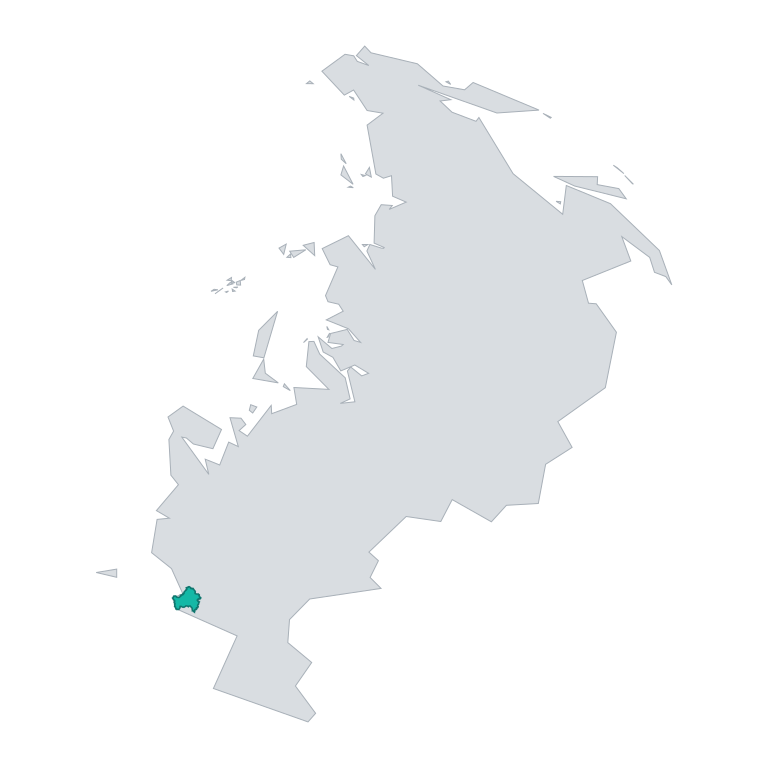 location of Bryansk within Russia
{"feature_id": "RUS-2342", "entity_name": "Bryansk", "entity_type": "Region", "adm_level": 1, "iso_a3": "RUS", "parent_name": "Russia", "parent_adm1": "", "projection": "orthographic", "projection_center": [33.801, 52.93], "detail": "fine", "context": "in_parent", "style": "filled", "palette": "teal", "viewbox_px": 768, "rotation_deg": 0, "n_neighbors": 0, "source": "natural_earth", "source_scale": "10m", "svg_char_len": 8145}
<svg xmlns="http://www.w3.org/2000/svg" viewBox="0 0 768 768"><path d="M659.4,250.5L671.8,284.9L665.8,276.6L654.5,272.3L649.7,257.4L621.8,236.6L630.8,261.0L582.3,280.5L588.5,303.2L596.2,303.8L616.4,332.2L605.3,387.7L557.8,421.6L572.1,447.4L545.6,464.3L538.3,503.5L506.4,505.3L491.4,521.8L452.2,499.6L440.8,521.5L406.2,516.5L368.9,552.1L378.4,560.7L370.1,577.5L381.0,588.4L309.7,599.0L289.5,619.6L287.8,642.6L311.7,662.5L295.4,686.0L315.6,713.3L308.0,721.9L213.4,688.5L237.1,635.9L175.9,608.7L172.7,598.1L182.8,593.7L171.5,568.6L151.6,552.7L157.1,519.4L169.4,518.2L156.4,510.6L178.4,484.7L170.9,475.2L168.9,439.5L173.6,431.1L168.0,417.0L183.1,406.1L221.5,429.5L212.9,448.7L193.4,444.0L186.4,438.0L181.8,437.1L208.8,474.4L205.2,459.2L219.7,465.0L228.7,442.1L238.3,446.6L230.0,417.7L241.0,418.2L245.8,424.5L239.1,430.6L247.4,436.2L271.2,405.4L271.7,413.7L296.7,404.4L293.9,387.5L328.9,389.4L306.3,366.6L308.9,341.6L313.9,341.4L319.7,354.1L345.2,377.8L350.1,398.9L340.3,403.4L354.9,401.8L347.4,371.0L350.7,367.0L361.7,375.9L368.6,373.3L354.8,365.0L340.8,370.9L332.9,357.3L323.2,352.0L318.2,336.9L331.9,348.5L341.4,346.1L343.2,344.5L328.0,342.4L330.6,333.5L347.2,329.4L354.1,340.5L360.6,342.4L348.5,328.8L326.3,319.9L343.2,311.2L338.7,304.2L328.0,301.7L325.5,295.6L337.9,266.9L330.1,264.7L322.2,248.6L348.4,235.7L375.4,269.4L366.9,251.0L369.9,244.5L381.7,248.2L383.7,248.3L384.2,247.5L374.1,243.1L374.9,215.7L381.2,204.7L392.3,205.5L389.2,209.4L406.2,202.1L392.6,196.2L391.5,175.7L383.4,178.2L375.9,174.0L367.1,125.1L383.0,113.2L367.1,110.5L353.6,90.0L344.3,95.1L321.9,71.2L345.0,54.3L353.7,55.8L357.3,61.4L368.8,65.5L356.4,55.6L364.7,46.1L371.0,52.8L417.4,63.8L443.0,86.0L464.6,89.8L473.1,82.5L539.0,110.1L496.9,113.0L418.2,85.2L450.8,99.7L440.1,101.0L452.0,112.2L476.0,121.3L478.9,117.5L513.1,173.7L562.7,214.3L566.3,185.5L610.5,203.7L659.4,250.5ZM277.6,311.3L263.9,357.8L253.3,355.9L258.7,330.3L277.6,311.3ZM553.6,176.4L597.6,176.7L597.2,184.6L618.8,188.6L626.2,198.8L574.6,186.0L553.6,176.4ZM252.8,378.5L263.7,359.1L265.3,373.2L278.3,382.9L252.8,378.5ZM353.1,184.3L340.9,174.9L343.6,166.0L353.1,184.3ZM289.7,251.2L305.8,249.8L293.7,257.4L289.7,251.2ZM279.0,248.1L286.2,244.1L283.7,254.4L279.0,248.1ZM303.2,245.3L314.1,242.5L314.7,255.6L303.2,245.3ZM346.2,163.7L341.3,159.2L340.9,153.7L346.2,163.7ZM96.2,572.5L116.7,569.1L116.7,577.3L96.2,572.5ZM219.0,290.8L223.1,288.0L215.0,293.8L219.0,290.8ZM365.4,173.9L369.4,167.4L371.3,177.1L365.4,173.9ZM256.8,407.0L252.7,413.0L249.3,410.3L250.7,404.7L256.8,407.0ZM226.8,285.6L230.1,282.6L233.1,283.8L226.8,285.6ZM240.2,280.5L240.6,285.1L236.8,284.9L236.2,282.2L240.2,280.5ZM244.5,279.5L240.9,280.4L244.9,277.3L244.5,279.5ZM284.4,383.8L290.3,390.6L283.3,386.6L284.4,383.8ZM290.5,254.0L290.9,257.6L286.9,257.3L290.5,254.0ZM227.1,280.2L231.5,277.5L231.1,280.7L227.1,280.2ZM309.8,80.9L313.2,83.7L306.5,83.6L309.8,80.9ZM214.1,289.3L217.9,289.8L211.0,291.3L214.1,289.3ZM307.4,339.1L303.5,342.6L307.1,338.6L307.4,339.1ZM362.4,244.5L367.8,244.5L364.2,246.7L362.4,244.5ZM349.2,96.4L353.7,98.1L353.9,100.0L349.2,96.4ZM236.5,287.8L233.4,287.3L237.9,287.0L236.5,287.8ZM232.1,280.6L234.9,282.7L231.2,282.0L232.1,280.6ZM613.3,165.2L617.2,167.7L623.9,173.6L613.3,165.2ZM232.2,289.1L235.1,291.1L232.6,291.5L232.2,289.1ZM329.7,333.0L328.1,337.1L327.2,337.3L329.7,333.0ZM448.3,81.1L450.7,84.4L446.0,81.8L448.3,81.1ZM361.3,174.5L365.4,175.6L362.9,176.5L361.3,174.5ZM556.1,201.3L560.7,201.7L560.3,203.9L556.1,201.3ZM543.0,113.4L551.2,117.4L550.3,118.2L543.0,113.4ZM228.5,291.0L226.6,292.5L225.5,291.9L228.5,291.0ZM326.8,326.4L328.8,329.8L327.5,329.4L326.8,326.4ZM350.5,186.1L353.3,187.7L348.2,187.2L350.5,186.1ZM632.4,183.7L624.7,175.5L633.4,184.2L632.4,183.7Z" fill="#d9dde1" stroke="#a8b0b8" stroke-width="1"/><path d="M182.7,594.8L182.9,594.7L182.8,594.3L182.9,593.6L183.0,593.5L183.2,593.8L183.5,593.5L183.6,593.4L183.7,593.5L183.8,593.6L184.2,592.9L184.1,592.7L184.1,592.3L184.1,592.1L184.3,591.8L184.5,591.5L184.9,591.3L185.2,590.8L185.7,590.3L185.9,590.2L186.1,590.2L186.3,590.0L186.3,589.8L186.3,589.7L186.2,589.5L186.3,589.4L186.6,589.3L186.8,589.2L186.7,589.0L186.8,588.8L186.8,588.7L186.6,588.5L186.5,588.4L186.7,588.1L186.7,587.9L186.5,587.7L186.8,587.6L187.1,587.4L187.6,587.3L187.4,587.6L187.8,587.5L188.1,587.4L187.9,587.1L188.0,587.0L188.3,586.9L188.5,586.8L188.7,586.7L189.0,586.7L189.3,586.7L189.5,586.8L190.2,587.3L190.5,587.8L190.5,588.2L190.6,588.3L190.8,588.5L191.0,588.5L191.3,588.2L191.4,588.3L191.6,588.4L191.7,588.5L191.8,588.6L192.0,588.7L192.3,588.6L192.6,588.4L192.9,588.3L193.1,588.4L193.2,588.6L193.1,588.9L193.1,589.0L193.5,589.1L193.9,589.5L194.0,589.8L194.1,590.0L194.3,590.3L194.5,590.6L194.9,590.8L195.0,590.9L195.2,591.5L195.3,591.7L195.2,591.8L195.0,592.1L195.0,592.3L195.2,592.5L195.2,593.0L195.3,593.2L195.3,593.3L195.2,593.5L195.7,593.6L196.0,593.8L196.2,594.1L196.3,594.1L197.6,594.0L198.2,594.2L198.3,594.2L198.5,594.1L198.6,594.3L198.6,594.6L198.6,595.0L198.9,595.0L199.0,594.9L199.3,594.9L199.3,595.3L199.3,595.7L199.3,595.8L199.4,596.4L199.4,596.5L199.3,596.8L199.4,597.0L199.8,597.3L199.9,597.2L200.0,597.1L200.5,597.4L200.7,597.6L200.8,597.7L200.8,597.8L200.6,597.9L200.5,598.2L200.5,598.3L200.1,598.3L200.0,598.5L199.8,598.5L199.7,598.4L199.5,598.5L199.7,598.9L199.7,599.0L199.5,598.9L199.1,599.0L198.7,599.0L198.6,598.8L198.4,598.8L198.3,599.1L198.3,599.3L198.0,599.4L197.9,599.3L197.6,599.7L197.6,599.8L197.2,600.1L197.4,600.3L197.8,601.1L198.0,601.0L198.1,600.9L198.3,601.0L198.5,601.3L198.9,601.4L198.9,601.5L198.8,601.8L199.3,602.0L199.0,602.4L198.9,602.5L198.7,602.5L198.7,602.8L198.8,603.0L198.7,603.6L198.7,604.0L198.5,604.3L198.1,604.3L197.9,604.6L197.6,605.1L197.6,605.4L197.6,605.5L197.7,605.9L197.8,605.9L198.1,606.2L198.2,606.3L198.1,606.5L197.9,606.8L197.7,607.1L197.8,607.2L197.9,607.3L197.6,607.8L197.4,607.9L197.2,607.9L197.2,607.7L196.8,607.6L196.5,607.7L196.5,607.8L196.4,608.2L196.4,608.3L196.6,608.3L196.7,608.5L196.7,608.9L196.6,609.1L196.5,609.3L196.2,609.4L196.1,609.5L195.9,609.7L195.7,609.7L195.5,609.3L195.4,609.3L195.1,609.6L194.5,610.0L194.4,610.1L194.3,610.6L194.1,610.9L194.4,611.0L194.5,611.1L194.8,611.2L194.8,611.3L194.7,611.4L194.4,611.5L194.5,611.8L194.4,611.9L194.4,612.1L194.0,611.8L193.8,611.6L193.7,611.5L193.4,611.5L193.3,611.3L193.2,611.1L192.9,610.8L192.8,610.7L192.4,610.7L192.5,610.4L192.4,610.2L192.2,609.8L192.2,609.5L192.1,608.9L192.2,608.6L192.2,608.4L192.0,608.0L191.9,607.8L191.4,607.5L191.3,607.4L191.1,607.0L191.0,606.8L190.7,606.6L190.5,606.3L190.4,606.1L190.1,606.0L189.8,606.0L189.5,606.0L188.9,606.3L188.4,606.8L188.1,606.6L188.2,606.2L187.7,606.2L187.3,606.0L187.2,606.0L186.7,606.0L186.1,605.8L185.8,605.9L185.6,606.3L185.4,606.4L185.3,606.5L185.2,606.6L184.9,606.6L184.1,607.2L184.0,607.3L183.9,607.3L183.7,607.1L183.4,607.0L182.9,607.2L182.7,607.2L181.3,606.4L181.0,606.5L180.4,606.3L180.1,606.3L180.0,606.7L180.0,606.8L180.2,607.1L180.1,607.3L179.9,607.5L179.7,608.4L179.5,608.8L179.2,609.1L178.2,609.5L177.7,609.4L177.4,609.4L177.0,609.6L176.9,609.6L176.8,609.3L176.8,609.1L176.7,608.9L176.3,608.7L175.9,608.8L175.9,608.4L175.9,608.2L175.5,607.8L175.4,607.7L175.3,607.4L175.4,607.2L175.5,607.0L175.4,606.9L175.0,606.8L174.8,606.6L174.6,606.3L174.8,606.1L174.9,605.8L174.9,605.6L174.7,605.2L174.7,604.9L174.8,604.6L174.8,604.3L174.6,604.2L174.6,603.9L174.6,603.6L175.0,603.7L175.0,603.4L174.8,603.2L174.7,603.1L174.5,602.6L174.2,602.2L174.6,601.7L174.8,601.0L174.7,600.8L174.6,600.7L174.4,600.3L174.4,600.2L174.2,600.1L173.7,599.8L173.5,599.6L173.4,599.4L173.2,598.8L173.1,598.6L172.6,598.1L172.8,598.0L173.1,597.4L173.4,597.4L173.5,597.3L173.5,597.2L173.4,596.8L173.6,596.2L173.9,596.0L174.2,596.0L174.5,596.1L174.9,596.0L175.1,595.9L175.2,596.0L175.6,596.1L176.1,596.2L176.3,596.5L176.3,596.9L176.4,597.1L176.5,597.1L176.8,597.1L177.2,597.4L177.4,597.4L177.5,597.4L177.9,597.3L178.4,597.5L178.7,597.5L178.9,597.4L179.2,597.3L179.3,597.3L179.3,597.2L179.7,597.0L179.9,596.9L180.1,596.6L180.3,596.4L180.7,596.3L180.8,596.2L181.0,595.8L181.1,595.6L181.2,595.3L181.0,595.2L181.4,595.1L181.6,595.1L181.8,595.1L182.0,595.0L181.9,594.8L182.4,594.7L182.7,594.8Z" fill="#14b8a6" stroke="#0f766e" stroke-width="1.5"/></svg>